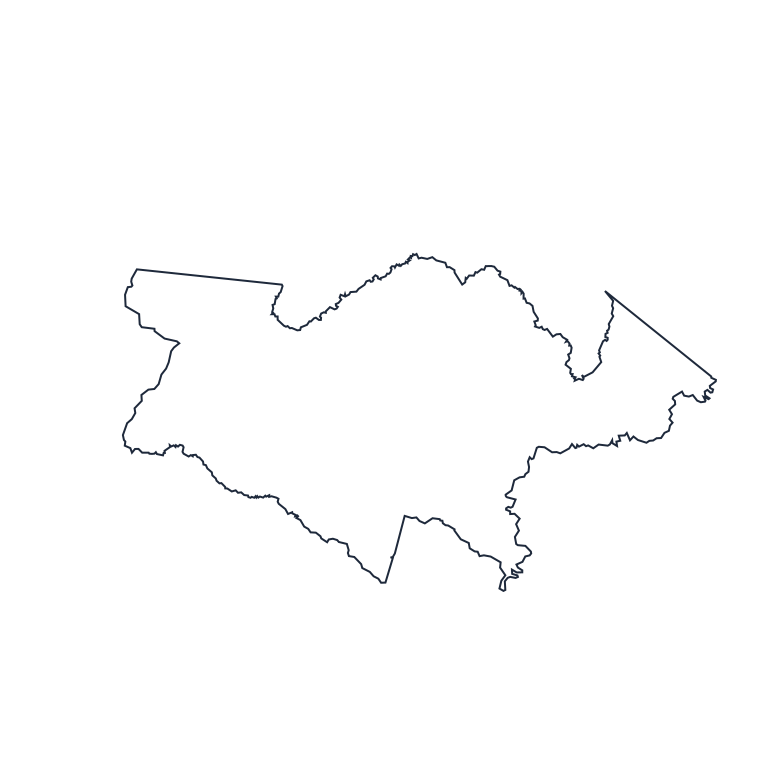 San Martín, Cesar, Colombia, rotated 218°
{"feature_id": "7082276B46554882467898", "entity_name": "San Martín", "entity_type": "district", "adm_level": 2, "iso_a3": "COL", "parent_name": "Colombia", "parent_adm1": "Cesar", "projection": "orthographic", "projection_center": [-73.563, 7.931], "detail": "fine", "context": "isolated", "style": "outline", "palette": "slate", "viewbox_px": 768, "rotation_deg": 218, "n_neighbors": 0, "source": "geoboundaries", "source_scale": "gbopen_adm2", "svg_char_len": 6166}
<svg xmlns="http://www.w3.org/2000/svg" viewBox="0 0 768 768"><g transform="rotate(218 384 384)"><path d="M167.1,293.9L162.5,294.5L161.6,296.4L167.3,302.9L167.2,307.4L165.8,309.7L160.9,312.2L159.7,314.4L161.0,315.3L166.1,313.3L168.9,316.5L163.4,317.2L159.1,320.7L160.3,322.3L165.5,321.8L168.5,323.3L165.4,329.1L166.5,335.1L163.7,338.6L163.7,341.1L165.1,342.4L172.9,343.5L179.3,339.4L181.3,339.3L186.7,344.1L187.4,351.5L193.6,354.9L194.2,361.4L201.2,362.1L204.5,359.2L206.2,361.3L210.4,360.1L211.2,361.2L210.4,363.7L208.0,364.6L207.1,366.4L209.2,374.0L217.3,370.5L218.4,370.5L219.3,370.9L220.0,371.7L217.9,378.7L222.1,388.3L219.7,393.9L216.4,397.3L217.1,400.0L216.1,403.8L218.6,407.9L222.8,411.5L224.1,416.0L221.4,415.7L220.4,417.4L224.3,427.8L223.4,429.8L218.5,433.0L209.5,433.7L206.0,436.7L202.4,437.9L198.4,447.2L198.9,452.4L193.8,451.3L193.1,452.3L194.3,455.0L191.8,454.7L189.6,459.5L186.5,459.4L185.3,461.3L179.5,462.2L177.6,468.4L169.7,473.2L168.8,475.4L169.6,480.2L167.5,478.0L162.2,478.6L165.4,481.7L162.9,484.7L167.2,487.8L162.6,491.7L162.5,494.9L155.5,491.1L155.1,496.2L149.4,496.2L141.0,499.3L139.9,502.6L137.1,505.2L135.8,509.1L132.4,512.0L132.9,518.2L130.7,522.5L133.0,527.3L132.8,531.2L137.6,532.1L138.5,537.5L143.4,539.3L142.0,547.2L144.3,549.7L147.4,550.1L148.1,552.0L144.5,561.5L140.3,559.6L136.0,561.8L133.9,565.4L127.0,563.7L123.1,564.7L120.2,567.7L120.4,568.8L124.2,570.6L118.9,571.9L118.7,573.1L123.8,572.7L126.6,575.5L125.5,578.5L121.4,578.2L120.2,579.6L121.3,582.3L124.5,581.6L126.1,583.1L124.2,590.3L125.0,591.6L129.9,590.4L130.8,591.4L267.1,593.3L254.6,590.6L252.5,586.0L250.1,584.8L247.9,579.7L245.1,578.6L243.8,569.6L241.7,568.0L240.5,565.1L241.0,563.3L239.3,562.0L240.3,559.9L238.5,557.3L236.2,558.1L235.0,556.6L235.1,555.0L237.0,554.9L237.7,552.5L235.2,542.9L233.4,541.8L233.7,540.2L231.1,539.5L231.0,538.1L226.3,535.0L226.8,521.6L230.9,512.6L233.5,512.9L229.9,511.0L229.8,509.5L233.6,508.1L235.7,504.1L236.2,505.5L237.5,505.4L237.3,507.2L240.6,505.8L241.5,507.9L242.7,506.9L244.1,507.4L246.1,511.0L252.8,511.0L253.7,513.6L253.0,516.7L253.7,518.5L257.0,520.6L256.0,523.5L258.5,528.1L260.6,529.3L261.7,528.3L262.7,530.1L265.8,530.8L266.6,529.4L266.9,531.6L272.0,530.9L275.8,532.0L278.7,529.3L280.1,525.3L289.4,527.8L290.7,525.5L292.6,525.0L295.0,526.2L296.2,523.8L300.4,522.3L300.6,523.7L304.0,525.8L301.9,528.6L303.1,530.4L310.5,533.0L315.1,537.0L318.9,537.1L321.6,535.8L325.6,538.2L326.6,537.2L329.6,541.2L331.6,541.9L331.6,540.2L332.9,541.8L334.6,541.1L334.5,542.5L335.8,542.5L337.2,541.1L340.5,541.1L340.6,540.2L344.2,540.3L345.5,538.6L350.7,541.8L358.5,540.1L360.7,541.0L360.2,542.2L361.5,544.2L364.3,543.2L369.3,544.3L372.1,543.0L376.4,539.5L375.4,535.7L377.9,534.4L379.1,529.1L380.8,528.5L379.9,524.7L383.7,521.9L383.6,517.9L384.9,517.9L382.6,514.1L383.6,510.5L397.0,515.3L398.6,517.1L404.2,516.5L406.3,514.8L410.3,517.3L418.9,513.6L424.0,513.7L426.9,509.2L432.2,506.6L434.0,504.3L438.4,506.5L439.1,504.6L441.0,504.2L440.3,502.2L441.7,501.4L440.4,500.0L441.5,499.8L441.8,496.9L439.8,497.3L440.6,494.9L439.9,493.8L442.0,493.8L441.6,491.9L443.4,489.6L443.5,487.4L445.4,487.6L445.0,486.4L447.7,486.0L447.1,482.6L448.1,483.2L450.2,481.7L450.3,479.5L448.7,479.1L447.6,475.8L448.0,473.8L449.5,472.9L449.0,469.9L451.8,465.5L451.0,464.3L453.8,463.5L455.1,464.8L457.7,464.4L458.2,460.8L456.5,460.1L456.2,457.7L457.4,456.4L459.2,456.9L461.1,454.0L460.4,450.2L462.6,443.3L462.6,439.8L467.0,435.8L466.6,433.0L468.2,429.5L470.0,430.8L469.2,428.8L473.1,427.6L472.2,424.8L469.6,424.2L469.8,419.9L471.2,417.3L470.0,416.1L467.9,416.4L467.8,414.2L468.9,412.4L473.9,411.3L474.6,405.4L473.7,404.3L475.6,403.4L476.9,400.8L476.0,397.7L474.4,397.5L473.2,395.6L474.7,394.4L478.5,394.3L479.6,392.7L480.1,388.2L481.4,387.5L481.1,383.2L484.4,377.5L483.3,374.9L485.4,372.9L491.1,371.4L492.5,370.0L495.6,370.3L496.5,368.8L498.7,368.3L507.3,369.1L509.4,371.7L511.2,370.3L513.3,371.6L515.4,369.9L515.3,371.8L516.4,371.8L517.8,375.4L520.5,377.7L519.3,379.6L521.8,384.2L521.2,385.4L523.0,386.3L521.1,387.8L522.4,390.6L522.0,392.8L524.2,398.7L525.7,399.4L649.3,322.2L647.7,311.7L646.2,309.0L642.9,306.7L643.0,305.1L645.5,302.6L643.0,294.9L635.5,286.2L620.0,288.3L613.3,280.7L609.9,279.6L598.9,286.2L597.3,284.4L584.9,284.7L573.5,290.1L570.4,290.0L572.0,283.4L571.9,278.8L567.0,268.5L565.2,262.0L565.2,254.4L561.5,245.2L561.9,238.7L566.2,234.5L568.4,226.0L564.5,221.6L565.6,211.3L562.1,208.0L561.1,201.1L562.3,195.0L558.3,183.0L554.5,179.8L552.4,179.4L550.3,175.8L544.4,177.3L540.3,174.7L540.2,179.5L537.5,181.7L532.3,181.0L527.2,185.0L526.0,184.6L523.8,186.1L522.0,187.8L521.8,189.8L519.8,189.0L514.2,191.7L515.2,194.1L514.3,194.8L515.8,196.2L513.8,202.6L515.1,203.9L513.2,203.8L511.9,206.2L509.5,206.0L510.2,207.7L507.8,207.9L507.4,210.4L504.8,211.5L503.0,210.8L501.0,206.5L499.0,205.7L493.3,206.6L492.4,209.1L490.2,209.3L490.8,210.4L488.7,212.4L486.0,211.6L484.1,212.4L478.9,211.5L476.7,209.4L474.4,210.4L471.2,208.7L465.3,208.4L463.0,206.3L458.4,206.0L456.4,204.7L452.5,204.4L451.1,205.8L445.8,205.1L444.8,204.0L443.1,205.2L437.8,205.6L435.4,208.9L432.1,208.4L429.8,210.7L425.8,210.4L422.5,212.4L421.2,211.4L419.1,212.2L418.8,213.6L416.2,214.5L416.1,216.5L414.7,215.9L414.8,217.6L413.1,217.1L412.5,218.9L409.3,220.1L408.8,222.9L407.5,222.7L406.0,225.7L405.0,224.4L403.5,226.3L398.8,228.2L396.5,228.6L395.3,225.8L393.2,224.8L384.7,224.7L379.6,222.5L377.4,226.4L376.6,225.6L373.1,226.4L372.6,225.1L371.4,227.1L370.3,226.9L370.5,224.5L366.1,225.3L359.1,222.5L354.5,223.2L350.5,221.9L346.2,224.9L340.3,224.9L338.4,223.7L331.4,224.3L331.8,227.5L329.0,230.6L324.8,232.2L322.3,231.7L314.8,235.1L309.5,231.3L308.4,228.6L305.7,226.8L300.9,229.4L291.1,228.0L287.8,225.6L279.5,227.2L273.8,226.1L268.6,227.1L263.9,225.6L260.6,228.4L270.4,253.5L270.2,252.1L272.2,251.5L270.5,252.7L271.1,257.1L286.5,292.8L279.5,295.5L276.3,298.8L271.7,297.9L266.0,299.3L263.1,308.1L256.9,311.8L255.6,311.1L253.8,312.2L251.9,310.5L248.6,310.6L246.3,312.0L238.9,312.9L238.4,311.9L227.9,308.9L219.3,310.9L215.3,307.3L209.5,307.9L206.9,309.5L202.7,307.2L199.8,310.5L193.7,313.7L182.3,315.3L179.5,310.8L170.6,308.0L170.4,301.2L167.1,293.9Z" fill="none" stroke="#1e293b" stroke-width="2"/></g></svg>